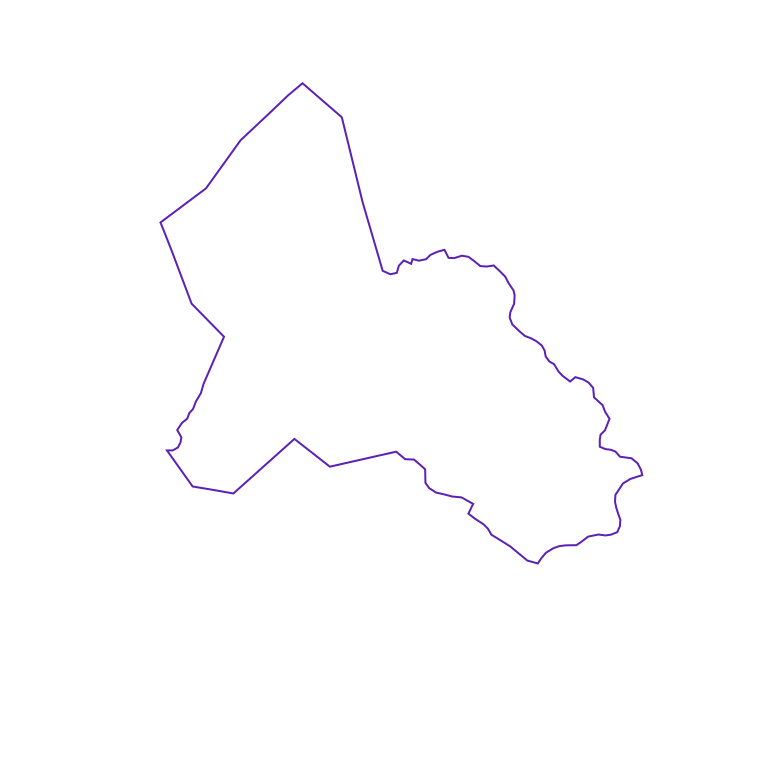 São Miguel da Baixa Grande, Piauí, Brazil, rotated 126°
{"feature_id": "56859067B26070453976933", "entity_name": "São Miguel da Baixa Grande", "entity_type": "district", "adm_level": 2, "iso_a3": "BRA", "parent_name": "Brazil", "parent_adm1": "Piauí", "projection": "orthographic", "projection_center": [-42.28, -5.802], "detail": "fine", "context": "isolated", "style": "outline", "palette": "violet", "viewbox_px": 768, "rotation_deg": 126, "n_neighbors": 0, "source": "geoboundaries", "source_scale": "gbopen_adm2", "svg_char_len": 1786}
<svg xmlns="http://www.w3.org/2000/svg" viewBox="0 0 768 768"><g transform="rotate(126 384 384)"><path d="M268.0,258.1L268.6,263.4L266.7,269.4L262.5,273.8L260.1,279.0L259.8,285.7L260.6,292.0L262.3,298.3L261.8,305.0L260.4,315.2L256.3,321.5L251.6,324.0L242.6,325.9L235.5,330.4L232.2,334.2L229.2,342.4L225.9,349.0L224.6,357.0L223.6,364.9L228.5,369.8L232.0,375.4L231.5,383.8L231.5,390.5L234.5,396.5L240.9,401.2L244.0,405.9L239.9,414.0L245.6,418.5L252.2,422.3L258.2,423.3L263.6,428.1L266.2,434.4L270.8,432.7L272.4,440.6L279.5,441.5L286.6,439.0L291.5,443.4L293.2,451.6L249.3,508.4L193.0,574.9L188.6,626.7L207.5,631.4L214.3,632.6L234.5,636.3L271.1,643.3L330.3,643.0L384.7,659.8L389.5,652.1L401.3,633.6L432.1,586.9L439.8,541.2L489.7,530.1L499.0,526.8L509.1,525.8L516.5,523.8L522.0,524.4L527.7,522.8L534.2,524.6L542.8,524.2L546.3,516.5L551.2,514.2L556.4,513.4L561.8,515.8L565.3,520.5L579.4,478.6L570.3,460.4L561.1,441.5L481.1,424.2L482.7,379.2L431.6,334.4L432.4,322.7L427.5,315.3L428.1,307.5L428.8,300.6L435.1,295.8L439.6,292.4L441.7,286.2L441.2,278.0L438.2,271.1L434.9,262.6L430.2,254.7L428.6,241.4L439.3,239.5L439.5,231.2L439.0,221.1L440.0,214.8L442.8,208.5L441.7,193.9L441.2,186.3L442.6,164.3L438.8,154.1L432.4,154.3L425.3,153.8L417.4,150.5L412.3,147.0L407.9,142.4L401.3,133.6L396.6,131.9L387.4,129.1L379.7,122.0L376.4,115.9L372.6,111.9L366.8,108.2L360.3,109.6L354.9,113.0L351.6,117.9L347.8,123.1L343.6,127.8L337.7,131.6L324.0,132.2L316.0,128.9L305.9,121.5L302.4,125.6L299.1,132.2L298.6,140.1L304.1,150.3L302.6,157.1L304.0,162.1L306.5,166.5L307.9,172.5L302.4,176.6L297.7,179.0L291.5,178.0L279.6,181.1L276.5,188.8L272.6,194.8L271.4,206.2L264.2,212.5L262.6,219.2L263.2,225.5L266.0,233.2L272.6,234.9L272.4,244.5L271.3,250.2L268.0,258.1Z" fill="none" stroke="#5b21b6" stroke-width="2"/></g></svg>